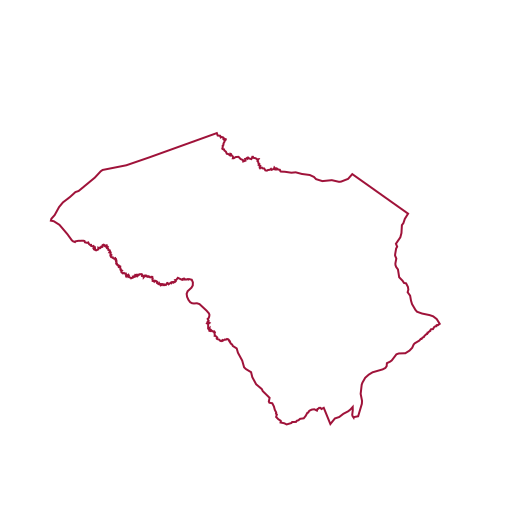 Koun Mom, Rôtânôkiri, Cambodia, rotated 125°
{"feature_id": "14789045B34257820589195", "entity_name": "Koun Mom", "entity_type": "district", "adm_level": 2, "iso_a3": "KHM", "parent_name": "Cambodia", "parent_adm1": "Rôtânôkiri", "projection": "albers", "projection_center": [106.798, 13.499], "detail": "fine", "context": "isolated", "style": "outline", "palette": "rose", "viewbox_px": 512, "rotation_deg": 125, "n_neighbors": 0, "source": "geoboundaries", "source_scale": "gbopen_adm2", "svg_char_len": 6104}
<svg xmlns="http://www.w3.org/2000/svg" viewBox="0 0 512 512"><g transform="rotate(125 256 256)"><path d="M344.7,444.3L343.5,441.6L343.2,434.9L346.3,423.0L348.8,415.8L348.9,414.2L348.4,412.3L347.7,412.4L345.6,410.4L342.5,406.2L342.1,405.1L342.9,404.0L342.1,401.9L341.1,401.2L342.0,399.7L342.1,398.3L341.5,397.5L342.3,396.8L341.6,395.1L341.0,394.8L341.5,393.6L342.9,393.6L343.0,393.1L341.6,392.7L342.5,391.8L343.4,392.0L343.1,390.2L341.1,389.0L339.7,389.9L339.6,389.0L338.8,388.8L338.7,388.1L337.1,388.2L336.9,388.0L337.3,387.7L336.7,387.1L335.1,387.9L334.7,387.7L334.6,386.1L334.0,386.5L333.9,385.2L332.9,384.5L333.5,383.8L333.5,383.1L334.6,383.5L335.1,382.5L334.6,381.5L335.8,380.3L335.2,379.2L335.8,378.3L336.9,378.2L336.3,377.4L336.6,376.9L337.9,376.5L338.1,375.1L339.3,375.4L340.0,374.0L339.3,372.6L339.7,372.3L339.6,370.8L338.7,370.2L339.4,369.7L339.8,368.8L339.1,368.6L340.2,367.3L340.9,367.4L342.1,365.4L342.5,365.9L342.7,365.6L343.0,363.5L342.5,363.2L343.1,362.2L343.8,361.9L343.6,361.3L343.2,361.3L342.5,361.9L342.4,361.2L343.4,360.7L344.3,359.3L345.0,359.2L345.3,358.2L344.8,357.9L344.8,357.4L345.8,357.6L346.5,356.9L346.6,355.0L345.6,354.5L345.7,353.5L345.0,352.6L346.2,351.2L346.8,351.2L347.0,350.9L346.5,350.8L346.8,350.0L345.7,350.2L345.8,349.7L344.6,349.6L345.0,348.8L345.5,348.9L346.2,347.9L345.6,346.0L345.9,345.5L344.2,344.4L343.6,344.9L343.4,344.3L342.4,344.3L342.6,343.4L342.1,343.1L340.9,343.0L340.5,343.7L340.0,342.9L341.0,342.1L340.9,341.8L340.3,342.0L339.9,341.6L339.3,342.2L338.9,341.3L338.2,340.8L337.8,341.0L336.4,339.2L336.7,338.5L337.6,338.0L337.1,337.5L337.3,337.1L336.7,336.6L337.8,335.8L335.6,335.6L335.8,334.7L335.4,334.1L335.0,334.1L335.3,333.2L334.5,332.8L334.8,332.2L334.0,331.5L334.3,330.7L333.6,329.6L333.0,329.7L332.6,329.0L333.4,328.5L333.5,327.8L334.8,327.3L334.9,326.8L335.7,326.3L335.2,325.5L335.4,324.7L334.2,324.7L333.8,323.3L334.1,323.1L333.8,322.2L334.9,321.6L334.9,319.9L333.7,319.9L334.7,317.5L334.0,317.4L333.9,316.5L333.0,316.5L332.9,316.9L332.7,316.6L332.2,315.4L332.8,314.9L332.3,314.2L331.7,314.3L331.4,313.2L329.0,313.3L328.8,313.0L329.2,312.6L329.4,311.4L326.8,310.5L326.8,309.9L325.9,310.2L325.1,309.3L325.5,309.2L325.4,308.5L324.4,308.3L324.1,307.6L322.7,307.3L322.1,308.4L321.3,307.6L318.7,307.5L318.0,303.2L317.7,302.6L316.9,302.9L315.7,302.0L315.7,300.9L316.1,300.8L315.2,299.5L314.3,299.0L314.2,298.0L313.4,297.8L312.3,295.0L313.8,292.6L316.4,290.9L319.0,290.7L324.1,291.8L326.8,291.1L329.0,289.0L330.7,286.1L331.6,283.4L331.4,281.4L330.5,279.6L328.6,277.3L327.8,274.7L329.1,265.3L330.0,261.7L330.9,260.4L332.0,259.8L333.7,259.2L335.3,259.5L336.1,257.8L337.3,257.9L337.4,255.7L338.2,256.0L338.9,257.6L339.3,257.6L339.2,256.3L339.5,255.9L342.9,253.6L343.0,253.2L341.7,252.8L342.5,252.4L342.4,251.4L343.6,251.6L344.0,251.4L343.9,250.9L343.5,250.0L342.6,250.2L342.5,247.9L341.7,247.1L341.8,246.7L342.4,246.6L342.3,245.8L343.4,245.5L344.4,244.3L345.1,244.1L344.7,242.6L345.0,241.0L346.2,240.8L346.3,240.2L345.6,238.0L346.0,236.7L345.7,235.7L344.3,235.3L344.6,234.7L342.2,233.6L341.9,232.7L340.6,232.2L340.2,231.1L341.0,229.2L340.6,229.3L340.8,228.6L342.2,226.5L342.2,224.8L343.0,223.4L342.8,218.8L345.6,215.3L349.6,207.3L354.0,201.9L354.4,199.5L354.0,193.4L357.4,189.5L361.0,182.3L361.7,174.9L362.8,173.0L364.4,163.5L367.9,162.0L368.5,160.9L367.3,158.2L369.0,155.0L371.2,152.4L372.6,149.7L373.7,149.2L373.9,148.0L376.3,147.2L376.9,144.1L376.8,141.5L377.0,140.9L378.3,140.4L376.8,136.9L376.4,134.3L372.5,131.2L371.3,131.2L369.0,128.1L367.6,128.1L366.2,127.0L364.1,126.5L361.6,123.8L358.5,123.6L355.0,124.0L354.3,123.4L352.7,123.6L351.5,123.2L349.7,122.1L348.1,120.3L347.7,117.4L346.0,117.9L345.3,117.3L344.2,117.2L343.4,116.1L343.8,114.6L341.5,113.4L351.0,98.7L343.8,98.2L340.2,95.5L335.1,93.9L330.3,91.4L327.5,90.6L324.2,90.2L326.8,88.3L330.9,86.1L331.8,85.0L332.4,83.3L331.9,83.5L328.7,80.4L316.4,84.5L313.9,86.0L308.9,91.2L300.8,95.6L298.6,96.2L293.1,96.7L288.5,95.6L284.4,93.8L276.2,87.2L273.5,85.8L271.3,85.8L268.7,87.3L265.7,85.6L263.7,84.9L256.0,84.6L253.9,83.1L250.0,77.9L245.5,76.0L241.6,75.4L238.0,76.1L236.5,75.9L231.6,73.7L229.4,73.5L229.0,72.8L227.3,72.8L226.1,72.0L224.9,72.2L221.8,71.5L221.6,71.1L220.4,71.5L220.1,71.0L219.0,71.0L217.5,70.3L217.2,70.6L215.6,70.6L214.4,69.1L212.0,69.3L210.8,68.8L210.1,68.0L209.3,68.4L208.6,68.1L208.3,67.3L206.2,66.6L204.0,71.8L203.8,76.3L204.8,79.8L207.9,87.0L209.3,92.1L208.7,94.5L205.9,100.6L203.6,103.5L200.1,107.0L198.7,111.0L196.2,111.9L194.2,113.8L192.3,117.4L193.2,119.3L192.2,121.8L191.3,126.5L185.6,132.0L184.6,134.9L183.4,136.6L182.1,137.6L177.6,139.6L175.9,142.3L174.8,143.0L169.5,145.5L167.4,145.7L165.7,148.4L157.9,148.5L153.8,150.0L147.0,154.2L144.6,154.1L140.2,155.4L134.1,155.7L133.7,224.1L140.0,224.8L146.3,229.0L147.6,230.5L150.4,237.4L156.6,244.6L158.6,250.9L158.0,253.9L158.8,258.4L162.5,265.5L164.7,271.5L167.5,274.8L170.4,280.6L172.6,284.1L172.6,284.6L171.7,285.9L172.6,287.7L172.3,288.3L172.4,289.5L172.7,289.8L173.8,289.3L174.2,290.2L173.2,290.9L173.0,291.7L174.3,291.3L176.4,292.6L176.0,293.7L177.3,294.0L178.8,295.6L179.8,296.0L180.5,297.4L179.6,299.5L180.5,301.0L180.2,302.0L180.9,302.8L181.8,303.0L181.6,303.6L180.8,304.2L179.6,304.4L179.9,306.0L178.7,306.2L178.8,307.0L177.7,308.1L177.4,309.3L175.3,309.5L176.2,310.5L176.1,312.3L177.1,314.5L176.5,315.4L176.8,315.8L177.5,315.2L177.9,315.6L179.3,315.4L180.0,317.4L179.9,318.9L181.2,318.7L181.1,319.7L182.0,319.9L182.8,320.6L183.9,319.3L185.9,320.7L184.9,321.7L185.4,324.2L184.8,327.2L186.6,329.4L188.7,330.3L189.2,331.0L188.3,331.3L187.7,332.2L187.6,333.6L186.8,334.9L187.0,335.7L188.5,335.1L188.4,337.2L189.0,338.6L187.8,340.5L187.7,342.5L187.0,343.3L187.6,344.7L187.4,345.2L185.6,345.8L185.0,346.5L183.7,346.4L182.4,347.2L180.3,347.4L179.2,347.9L178.4,347.5L177.7,347.7L177.9,348.5L178.6,348.5L179.1,349.0L178.9,349.9L177.9,350.2L177.7,350.8L178.2,352.5L179.1,352.9L178.1,354.4L179.3,356.5L177.8,358.6L236.6,400.1L256.1,414.3L273.5,431.0L275.7,431.8L284.3,433.0L304.5,438.6L307.2,440.6L314.3,442.2L322.8,444.9L328.8,445.4L338.0,444.4L342.8,445.0L344.7,444.3Z" fill="none" stroke="#9f1239" stroke-width="2"/></g></svg>